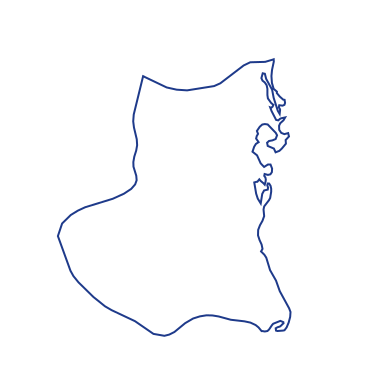 map outline of Phú Yên (orthographic projection), rotated 12°
{"feature_id": "VNM-482", "entity_name": "Phú Yên", "entity_type": "Province", "adm_level": 1, "iso_a3": "VNM", "parent_name": "Vietnam", "parent_adm1": "", "projection": "orthographic", "projection_center": [109.224, 13.226], "detail": "fine", "context": "isolated", "style": "outline", "palette": "blue", "viewbox_px": 384, "rotation_deg": 12, "n_neighbors": 0, "source": "natural_earth", "source_scale": "10m", "svg_char_len": 2567}
<svg xmlns="http://www.w3.org/2000/svg" viewBox="0 0 384 384"><g transform="rotate(12 192 192)"><path d="M244.3,45.2L244.9,47.4L244.9,56.0L245.6,62.1L247.5,68.7L250.4,74.1L254.2,76.2L254.4,77.6L258.0,80.4L262.0,82.7L263.4,82.6L264.5,85.5L264.3,87.5L262.7,88.7L259.3,89.0L259.3,91.1L260.6,92.4L261.1,93.3L261.5,97.4L259.0,94.7L252.3,82.9L249.1,75.3L241.0,65.9L238.7,61.2L236.5,61.2L236.2,66.2L237.8,68.4L240.4,69.7L242.8,72.0L244.3,75.4L245.6,81.5L246.8,84.7L250.7,88.3L253.5,89.9L253.1,91.7L252.0,93.2L250.9,93.0L253.0,96.3L259.3,104.0L261.5,104.0L262.7,102.3L263.8,101.4L267.6,99.7L266.6,102.8L264.0,106.4L263.4,109.1L264.4,113.1L267.0,115.6L270.3,116.2L273.8,114.4L275.3,117.5L272.8,121.7L273.8,125.2L270.8,130.9L268.9,133.6L265.5,135.8L263.1,132.5L256.5,131.2L255.2,128.2L256.7,126.1L259.9,124.8L262.8,122.8L263.4,118.8L261.6,116.7L252.0,110.2L249.1,110.4L246.7,111.4L244.7,114.1L242.8,118.8L244.5,121.4L243.7,123.8L243.6,126.4L246.8,129.4L244.5,131.7L243.4,134.8L242.8,140.0L248.0,142.6L253.2,149.7L257.3,152.5L260.6,149.3L263.1,148.8L265.5,152.5L266.0,156.0L265.0,158.4L262.7,159.5L259.3,159.3L259.3,161.2L260.8,162.6L261.6,164.4L261.8,166.7L261.6,169.7L260.1,168.6L256.7,166.8L255.2,165.6L253.8,168.4L253.2,168.5L250.9,169.7L255.1,180.3L257.7,184.8L261.6,188.9L261.1,179.2L262.2,175.5L265.6,173.9L265.5,172.0L264.2,169.6L264.4,167.9L265.7,167.7L267.6,169.7L268.8,172.4L269.4,175.3L269.7,181.6L269.0,184.0L265.6,191.1L265.6,194.2L267.6,200.6L266.9,205.6L265.4,210.4L264.6,215.3L265.6,220.7L268.1,225.0L271.0,228.9L272.8,233.0L271.9,235.8L275.8,238.3L278.3,240.8L284.6,252.2L292.6,261.2L298.5,270.8L311.2,285.6L313.3,288.9L314.0,293.8L313.7,299.6L312.7,304.8L311.2,308.0L309.9,308.6L304.5,310.2L303.0,310.1L302.2,307.9L303.8,306.5L306.0,305.3L307.1,303.9L307.8,302.7L308.8,301.4L308.4,300.3L305.2,299.7L298.8,304.0L297.9,305.6L296.0,310.4L294.7,312.3L292.2,313.3L289.6,313.4L289.0,313.6L285.2,310.6L281.9,308.9L276.3,307.6L270.1,307.6L256.5,308.9L244.0,308.2L237.7,308.5L231.8,309.6L225.6,312.0L219.4,315.5L212.6,321.7L203.9,332.6L199.4,336.2L194.9,338.4L183.8,338.8L163.1,330.2L138.0,324.3L130.7,321.9L117.4,315.2L99.8,304.0L93.6,299.0L89.5,294.3L70.0,263.0L71.5,249.8L78.2,239.7L84.2,234.0L90.7,229.1L115.9,215.1L125.8,207.8L131.9,201.6L134.8,196.4L135.4,192.0L134.1,187.7L129.5,179.4L128.4,174.9L128.2,169.4L128.8,163.1L128.6,157.6L127.0,151.9L121.8,140.9L119.8,135.1L118.9,128.3L120.1,88.9L145.5,95.0L155.7,95.1L166.1,93.6L191.6,83.8L197.1,79.8L216.2,57.5L222.0,53.0L236.5,49.5L243.5,45.7L244.3,45.2Z" fill="none" stroke="#1e3a8a" stroke-width="2"/></g></svg>